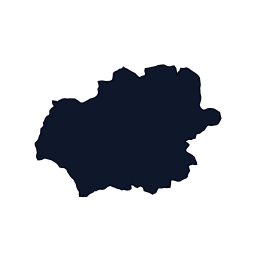 Poço Fundo, Minas Gerais, Brazil (Natural Earth projection), rotated 126°
{"feature_id": "56859067B54167324387796", "entity_name": "Poço Fundo", "entity_type": "district", "adm_level": 2, "iso_a3": "BRA", "parent_name": "Brazil", "parent_adm1": "Minas Gerais", "projection": "natural_earth1", "projection_center": [-45.997, -21.81], "detail": "fine", "context": "isolated", "style": "filled", "palette": "ink", "viewbox_px": 256, "rotation_deg": 126, "n_neighbors": 0, "source": "geoboundaries", "source_scale": "gbopen_adm2", "svg_char_len": 3084}
<svg xmlns="http://www.w3.org/2000/svg" viewBox="0 0 256 256"><g transform="rotate(126 128 128)"><path d="M81.0,160.2L81.1,163.3L81.7,165.4L81.7,167.4L83.3,167.0L84.6,168.2L85.9,169.4L87.7,169.7L89.9,171.2L92.2,171.8L94.6,170.2L96.7,169.2L98.3,168.6L100.7,169.6L102.6,171.8L103.9,173.6L104.8,175.6L106.0,177.3L107.9,179.2L109.5,177.2L111.4,175.3L114.1,175.0L115.7,173.1L117.6,172.0L120.4,171.7L123.0,172.5L124.8,173.7L126.9,175.4L129.4,176.4L131.7,177.6L133.8,178.5L135.9,180.8L135.8,184.5L136.0,188.1L137.6,190.3L139.0,192.4L140.4,193.9L141.5,196.0L142.9,197.6L144.5,198.5L146.2,199.6L148.4,200.0L149.2,202.4L150.5,204.7L152.5,202.9L153.4,200.0L155.1,200.4L157.3,201.1L160.1,201.1L162.4,199.3L164.3,199.0L166.1,200.1L168.7,200.3L170.9,199.5L173.5,199.3L175.2,197.3L177.7,197.3L179.6,197.8L181.8,196.5L184.1,195.0L186.0,194.8L188.1,194.2L189.9,193.4L192.4,193.6L194.5,194.0L196.3,192.8L197.9,190.0L199.7,188.1L201.4,186.4L203.4,185.9L205.3,184.5L206.5,182.2L205.2,180.6L203.6,179.2L201.9,178.6L200.6,177.0L199.8,174.7L198.5,171.5L198.3,169.1L198.0,165.5L198.5,162.7L199.5,160.4L198.6,158.2L197.2,156.5L197.3,153.1L198.8,150.6L199.8,148.0L200.6,145.7L201.0,143.3L201.3,141.0L202.5,139.1L203.4,137.1L204.7,135.6L206.0,134.1L207.1,132.1L207.9,129.8L209.6,128.6L211.5,127.1L210.3,125.1L209.0,123.2L207.4,121.3L204.7,121.0L202.7,120.2L200.4,118.9L198.3,118.5L197.3,117.0L195.2,116.1L193.7,114.8L192.8,113.2L191.4,111.7L189.6,111.0L187.9,110.7L186.2,109.8L184.6,108.6L184.1,105.9L183.4,103.9L183.0,101.6L181.8,99.1L181.6,96.9L180.0,95.6L178.5,92.2L176.7,90.5L174.9,90.2L173.3,92.2L171.5,92.0L170.8,89.6L171.1,87.7L170.5,85.6L168.8,84.9L167.3,84.0L166.8,81.2L167.7,79.4L169.0,78.1L168.2,75.5L167.3,72.9L166.8,69.3L163.6,67.8L161.3,68.2L159.3,68.7L157.8,67.5L156.3,65.4L154.7,64.1L153.2,61.6L151.3,59.4L148.7,60.7L147.0,61.8L145.1,62.9L143.5,61.7L142.5,59.1L141.6,56.6L140.4,55.1L138.5,54.2L136.2,53.2L134.4,52.0L132.7,51.6L131.0,52.5L129.0,53.0L126.5,53.2L124.8,55.4L123.5,57.3L121.2,56.3L119.1,54.7L118.3,52.8L117.1,51.3L115.7,52.5L114.8,54.5L113.8,55.9L112.8,57.4L112.6,60.3L113.0,63.5L113.2,65.5L113.1,67.7L111.5,68.8L109.5,69.1L107.8,68.7L105.9,68.8L105.5,70.8L105.8,74.0L103.7,73.7L101.3,72.4L100.0,70.2L98.0,69.3L96.8,67.9L94.8,68.7L92.7,69.5L91.3,68.4L89.9,67.1L87.3,66.5L85.0,65.4L82.6,65.5L80.1,65.6L78.0,64.8L77.4,63.0L76.3,61.5L75.0,60.5L73.6,58.8L71.8,57.9L69.3,58.0L65.8,58.6L63.7,61.0L61.8,63.1L62.0,65.7L62.3,69.5L63.1,71.2L64.3,73.2L65.8,74.7L67.7,75.7L69.5,77.3L69.7,79.6L69.0,82.2L67.5,84.2L64.9,85.1L62.2,86.2L60.1,87.6L58.7,89.2L57.0,91.0L55.5,92.0L53.8,93.6L50.9,94.9L48.5,97.1L46.7,98.8L45.5,100.0L44.7,102.2L44.5,105.1L44.7,108.9L44.8,111.2L44.7,113.7L45.2,116.1L47.1,117.4L48.8,120.2L51.2,119.4L53.2,119.8L55.8,119.6L54.2,122.0L51.9,124.4L50.9,127.2L52.4,128.6L53.9,129.8L55.3,131.8L55.8,134.3L56.2,136.2L58.1,138.3L59.9,140.1L61.9,141.4L63.5,142.7L65.2,144.3L66.9,145.8L68.3,147.1L69.8,148.7L71.9,147.7L73.6,145.4L75.7,144.8L77.4,146.3L78.8,147.2L80.9,148.0L80.7,151.0L80.1,154.3L80.5,157.0L81.0,160.2Z" fill="#0f172a" stroke="#020617" stroke-width="1.5"/></g></svg>